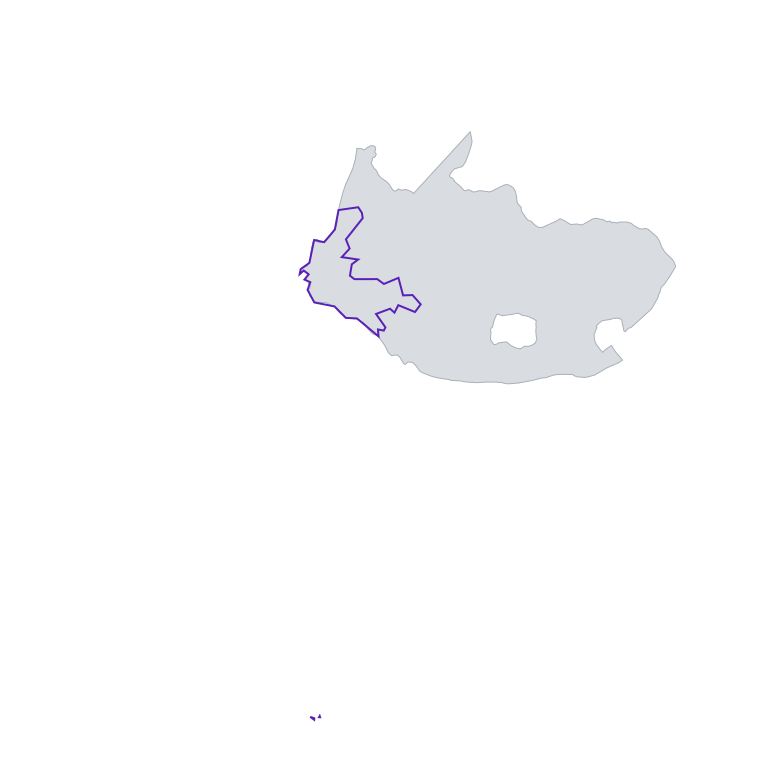 South Africa, with Western Cape highlighted, rotated 43°
{"feature_id": "ZAF-1189", "entity_name": "Western Cape", "entity_type": "Province", "adm_level": 1, "iso_a3": "ZAF", "parent_name": "South Africa", "parent_adm1": "", "projection": "orthographic", "projection_center": [20.981, -38.718], "detail": "coarse", "context": "in_parent", "style": "outline", "palette": "violet", "viewbox_px": 768, "rotation_deg": 43, "n_neighbors": 0, "source": "natural_earth", "source_scale": "10m", "svg_char_len": 4414}
<svg xmlns="http://www.w3.org/2000/svg" viewBox="0 0 768 768"><g transform="rotate(43 384 384)"><path d="M471.6,90.7L483.0,90.3L488.1,91.6L494.1,94.6L499.8,96.1L509.5,96.2L512.8,97.0L515.4,98.1L517.3,99.6L519.4,109.4L521.0,119.8L520.7,123.1L520.9,124.4L523.3,129.0L524.1,131.8L525.5,134.2L528.2,145.5L528.4,147.4L526.2,173.9L524.6,176.9L524.8,181.1L523.2,181.5L514.2,175.1L512.5,175.1L509.7,176.8L507.0,179.6L505.7,182.1L500.4,188.8L499.7,193.3L499.8,197.2L501.3,197.5L502.2,200.5L504.4,205.2L508.5,208.6L512.4,210.3L517.9,211.3L522.3,211.7L522.3,208.7L524.0,200.7L531.3,202.6L542.2,203.8L540.9,208.9L535.9,220.4L532.1,233.5L528.2,239.9L526.1,242.5L520.5,246.9L517.6,248.2L515.3,248.5L505.5,257.5L501.8,262.0L498.2,268.8L495.0,272.4L490.0,280.3L481.5,291.8L474.6,299.3L471.6,301.4L469.7,302.3L464.3,306.5L456.8,313.5L451.0,319.7L442.5,326.7L437.7,329.7L430.4,335.7L428.4,336.5L420.3,342.1L414.5,345.5L405.3,349.2L401.7,350.2L393.2,348.6L389.7,349.0L386.6,351.5L386.1,355.2L384.9,355.7L377.2,353.6L373.9,353.7L372.0,355.7L370.4,358.1L365.9,358.1L358.0,355.2L348.7,353.3L346.6,353.0L342.0,354.8L340.4,355.1L333.8,354.5L330.1,353.2L326.6,353.1L323.9,354.1L320.6,354.4L311.8,361.4L307.2,361.4L303.3,362.2L296.4,361.2L294.3,361.6L292.2,362.9L287.5,363.4L285.7,364.5L277.8,371.0L274.5,370.4L270.4,370.4L265.7,367.0L263.9,367.2L264.4,366.2L264.5,364.4L262.8,362.5L261.0,362.7L260.0,361.2L257.1,361.1L254.8,361.6L254.3,355.7L253.2,355.1L250.3,355.0L248.9,355.3L248.3,355.8L247.6,357.2L247.7,361.4L246.7,360.2L245.5,357.8L245.1,355.1L245.4,352.0L247.5,350.7L246.8,346.8L243.3,340.0L241.2,338.6L239.5,335.1L237.9,333.9L237.1,331.5L235.5,329.6L234.9,326.5L235.7,324.6L237.0,323.6L238.5,325.1L240.2,324.5L242.6,322.1L244.0,318.7L243.9,313.2L243.5,309.8L241.3,301.1L240.3,299.1L235.7,293.0L230.2,284.7L223.2,271.7L219.7,263.9L214.4,248.1L209.8,239.2L204.2,231.0L203.5,230.5L204.2,229.4L207.0,227.3L208.3,226.8L209.0,227.0L209.6,226.4L210.2,225.1L210.6,222.1L211.8,218.9L213.0,217.5L215.5,216.5L217.4,217.6L218.3,218.7L218.6,220.2L219.5,220.9L220.9,220.8L221.8,221.7L222.5,223.6L222.4,225.0L221.6,225.9L221.8,227.0L222.8,228.4L224.0,231.4L229.1,232.9L232.1,233.0L234.8,233.7L237.4,235.0L241.7,235.2L247.6,234.3L252.5,234.5L256.3,235.8L259.1,236.0L260.8,235.1L261.5,233.8L261.2,232.2L262.1,231.2L264.0,230.7L265.5,229.5L266.7,227.4L269.4,225.8L273.6,224.5L275.7,224.5L275.0,140.7L282.8,146.4L284.6,149.0L288.4,156.8L292.3,166.4L292.9,171.1L292.7,172.1L288.8,178.5L288.7,181.6L289.1,185.3L290.0,187.1L291.2,187.7L293.9,186.8L298.1,187.8L306.1,187.4L310.0,187.9L311.1,187.6L312.0,186.8L313.0,184.6L314.0,183.9L317.7,183.0L319.3,181.7L322.0,177.4L330.0,171.7L331.0,170.3L336.2,156.5L337.7,154.5L340.0,153.2L344.4,152.3L347.0,152.9L349.7,154.2L352.8,156.3L357.4,160.3L359.0,160.9L363.7,161.2L366.5,163.8L375.2,165.8L377.8,165.9L380.5,164.6L385.0,164.9L389.9,164.2L392.9,161.8L399.1,146.9L399.8,143.6L400.5,142.8L405.2,141.3L410.9,140.3L412.1,139.7L415.7,135.7L420.5,132.5L424.2,120.6L426.4,117.9L427.8,116.8L428.6,116.8L429.8,116.1L431.4,114.8L433.3,114.0L435.4,113.8L436.9,112.9L437.6,111.3L438.7,110.6L440.2,110.8L441.2,110.3L441.4,109.3L445.0,107.0L445.1,105.9L447.3,103.5L451.3,99.8L455.1,97.9L458.6,97.7L465.0,96.2L467.4,94.4L469.0,92.0L471.6,90.7ZM450.1,269.4L455.6,267.8L459.7,265.4L461.0,260.5L464.2,257.7L465.6,254.9L466.7,251.0L465.2,246.7L462.8,245.3L458.5,241.3L456.7,238.8L454.1,236.5L452.3,233.9L449.1,234.4L444.2,236.0L441.0,237.6L438.4,239.5L433.7,240.7L429.1,247.2L427.7,248.6L424.1,253.3L419.2,255.5L419.0,256.3L420.4,260.5L422.3,264.7L424.5,268.1L424.3,270.2L424.9,271.8L426.9,273.1L430.2,277.4L431.8,278.9L437.1,280.2L437.8,280.0L439.4,277.7L439.7,276.0L443.6,271.0L445.3,269.5L450.1,269.4Z" fill="#d9dde1" stroke="#a8b0b8" stroke-width="1"/><path d="M347.5,352.9L319.5,354.5L310.9,361.7L294.9,361.0L277.4,371.9L263.9,367.3L260.7,359.8L254.6,361.9L254.1,355.2L247.9,355.8L247.4,361.1L244.7,356.8L246.8,346.3L234.7,326.4L243.5,321.1L242.7,304.5L232.1,287.8L244.6,272.3L251.1,273.9L255.3,277.2L257.5,304.2L266.5,308.4L266.6,320.0L280.2,310.6L278.8,318.4L285.2,328.0L290.8,327.5L307.5,311.9L315.7,310.9L322.2,296.5L337.5,306.2L344.2,299.5L356.5,300.7L357.6,310.2L340.7,316.6L343.0,324.7L337.1,324.8L330.4,338.2L346.4,341.6L347.4,345.1L342.4,348.2L347.5,352.9ZM557.1,677.7L561.0,676.0L561.9,677.2L557.1,677.7ZM563.7,672.0L563.4,670.7L564.5,671.3L563.7,672.0Z" fill="none" stroke="#5b21b6" stroke-width="2"/></g></svg>